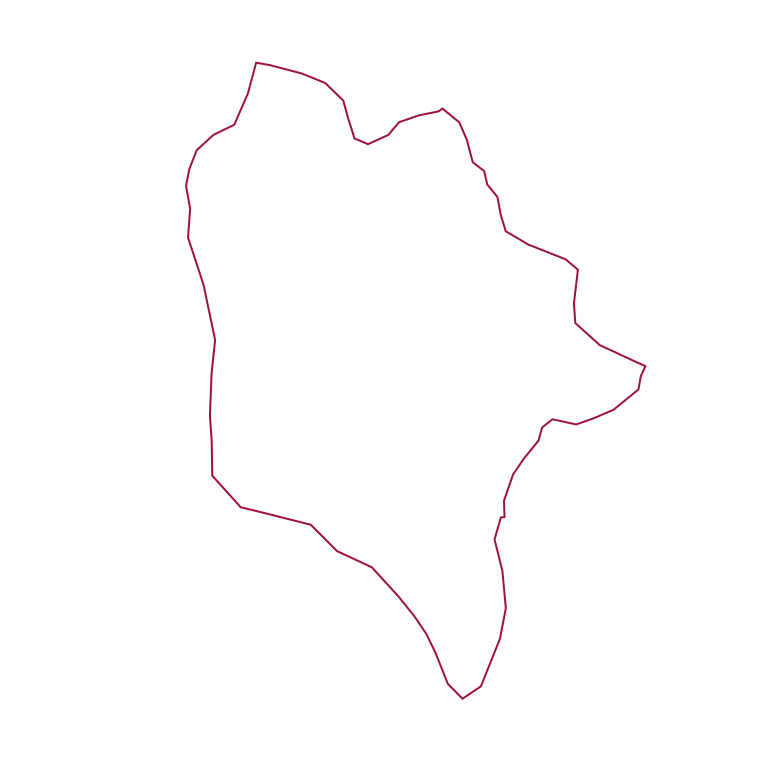 Enköping, Uppsala, Sweden, rotated 16°
{"feature_id": "70781695B25535474598498", "entity_name": "Enköping", "entity_type": "district", "adm_level": 2, "iso_a3": "SWE", "parent_name": "Sweden", "parent_adm1": "Uppsala", "projection": "albers", "projection_center": [17.163, 59.678], "detail": "fine", "context": "isolated", "style": "outline", "palette": "rose", "viewbox_px": 768, "rotation_deg": 16, "n_neighbors": 0, "source": "geoboundaries", "source_scale": "gbopen_adm2", "svg_char_len": 1065}
<svg xmlns="http://www.w3.org/2000/svg" viewBox="0 0 768 768"><g transform="rotate(16 384 384)"><path d="M172.5,110.4L173.1,142.1L168.6,176.1L151.5,191.4L139.5,210.9L138.6,220.8L137.6,231.4L139.2,248.4L149.4,269.0L155.2,297.2L183.2,338.4L209.5,388.2L215.4,421.6L225.5,462.8L234.0,486.0L244.2,519.5L273.6,537.8L280.2,542.0L301.7,541.1L352.4,539.5L385.0,557.6L422.9,563.6L456.4,584.2L477.1,598.8L493.5,612.5L508.1,628.8L528.0,654.6L541.1,662.0L546.2,664.9L560.5,647.9L565.7,596.8L562.9,565.9L549.3,531.0L533.1,502.9L533.1,480.1L536.5,478.7L531.5,463.0L533.0,435.5L539.0,417.2L548.1,395.9L548.0,382.2L555.6,371.5L579.9,369.9L595.1,359.1L611.8,345.4L630.1,319.1L628.7,305.7L630.4,294.9L580.8,287.2L551.1,272.7L544.3,254.0L538.9,220.7L524.2,214.1L484.2,210.2L458.9,203.6L449.5,189.0L441.5,173.0L428.2,163.7L421.6,151.7L408.2,146.4L396.3,126.4L384.3,111.8L364.3,103.1L361.3,106.9L343.4,116.2L326.4,128.1L319.5,143.4L302.5,157.9L288.0,156.1L276.1,138.2L266.8,122.9L244.7,110.9L219.2,108.2L186.9,108.9L172.5,110.4Z" fill="none" stroke="#9f1239" stroke-width="2"/></g></svg>